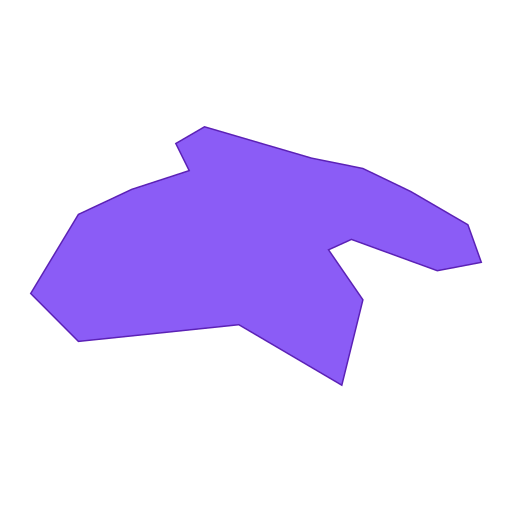 map outline of Saint John (Robinson projection)
{"feature_id": "VIR-4869", "entity_name": "Saint John", "entity_type": "state/province", "adm_level": 1, "iso_a3": "VIR", "parent_name": "United States Virgin Islands", "parent_adm1": "", "projection": "robinson", "projection_center": [-64.723, 18.338], "detail": "fine", "context": "isolated", "style": "filled", "palette": "violet", "viewbox_px": 512, "rotation_deg": 0, "n_neighbors": 0, "source": "natural_earth", "source_scale": "10m", "svg_char_len": 357}
<svg xmlns="http://www.w3.org/2000/svg" viewBox="0 0 512 512"><path d="M351.4,239.4L328.5,249.8L362.9,299.8L341.8,385.2L238.8,324.7L78.4,341.4L30.7,293.5L78.4,214.4L131.9,189.3L189.2,170.6L175.8,143.5L204.5,126.8L311.4,158.1L362.9,168.5L410.7,191.5L467.9,224.8L481.3,262.3L437.3,270.7L351.4,239.4Z" fill="#8b5cf6" stroke="#5b21b6" stroke-width="1.5"/></svg>